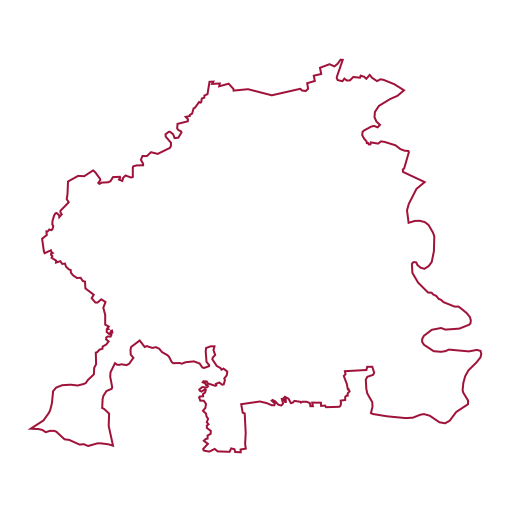 Chuong My, Ha Noi, Vietnam
{"feature_id": "81297802B99190294686821", "entity_name": "Chuong My", "entity_type": "district", "adm_level": 2, "iso_a3": "VNM", "parent_name": "Vietnam", "parent_adm1": "Ha Noi", "projection": "orthographic", "projection_center": [105.643, 20.878], "detail": "fine", "context": "isolated", "style": "outline", "palette": "rose", "viewbox_px": 512, "rotation_deg": 0, "n_neighbors": 0, "source": "geoboundaries", "source_scale": "gbopen_adm2", "svg_char_len": 5990}
<svg xmlns="http://www.w3.org/2000/svg" viewBox="0 0 512 512"><path d="M404.0,90.3L394.3,84.2L383.4,79.8L380.5,79.3L377.0,81.1L372.1,77.8L369.7,74.9L366.3,78.8L364.2,76.8L360.7,75.7L360.0,77.7L353.3,77.0L349.9,80.4L346.8,80.5L344.4,78.6L342.4,81.2L337.7,80.1L336.7,78.0L337.0,76.4L342.7,59.9L340.6,59.7L337.5,63.9L334.4,66.4L329.5,64.2L320.0,67.8L321.2,74.0L313.8,75.7L314.8,81.0L307.2,83.2L308.1,88.8L305.7,91.0L302.0,90.5L300.3,88.8L271.8,95.3L248.0,89.2L233.6,90.6L233.4,88.9L228.7,83.7L219.2,86.3L219.8,83.5L212.1,83.9L213.3,81.6L209.5,81.8L207.5,94.1L204.4,95.6L204.3,97.7L201.8,98.5L201.2,102.2L200.2,102.7L199.1,102.0L195.0,107.7L193.6,108.4L192.1,113.6L190.0,114.8L189.8,116.0L185.7,116.9L188.0,119.3L187.8,121.3L177.5,123.9L177.2,128.5L178.4,130.1L181.1,131.4L181.5,132.4L178.3,137.7L174.6,138.1L173.1,134.2L170.0,131.8L168.8,131.8L165.5,134.3L165.7,136.6L171.0,142.8L170.9,146.0L169.9,147.9L157.7,153.9L151.0,152.2L146.9,156.1L142.5,156.0L140.9,159.8L143.1,163.7L143.1,165.3L136.7,165.4L133.3,166.3L132.8,167.6L132.8,177.0L130.9,177.5L125.5,175.5L123.1,177.9L122.3,180.9L119.0,179.6L120.2,177.7L119.9,176.8L113.0,177.1L110.4,181.3L108.0,182.3L101.8,182.6L99.4,183.9L98.3,182.9L100.3,180.1L100.1,178.9L95.2,172.2L93.1,170.4L84.2,176.2L78.1,175.9L68.0,181.5L67.5,194.3L66.7,199.0L68.7,202.3L60.5,210.7L60.4,212.1L61.7,214.4L59.3,217.1L59.1,215.2L56.6,213.0L55.5,213.3L54.1,215.5L52.5,221.0L52.3,224.4L53.3,226.0L52.4,229.4L51.2,230.2L49.3,229.5L47.7,231.4L46.4,231.4L46.8,235.0L42.1,238.7L43.9,251.4L44.6,253.2L50.9,250.3L51.4,252.0L52.7,253.0L51.0,253.9L51.2,255.1L52.4,256.1L51.6,257.8L56.2,260.7L56.0,262.6L60.3,261.2L62.2,263.9L65.0,263.6L66.0,266.6L68.9,269.4L70.7,270.0L70.9,272.7L73.1,275.4L77.0,278.0L80.6,277.8L82.8,281.0L85.0,281.6L85.4,288.4L93.7,294.7L91.7,298.2L95.3,302.5L97.5,302.6L101.3,299.3L105.5,302.0L103.3,307.8L105.2,314.9L105.2,324.6L108.8,326.6L107.4,328.2L108.4,329.1L106.8,329.5L106.7,332.0L109.1,334.0L110.3,333.0L111.0,331.0L112.0,330.6L112.4,332.6L110.2,333.9L111.4,334.9L110.6,336.6L107.7,336.5L106.3,337.4L106.1,339.4L108.6,341.4L106.3,344.5L102.7,346.5L102.4,348.8L99.5,349.6L97.3,352.1L95.8,352.6L96.1,364.2L94.2,367.8L93.9,374.3L87.9,380.0L85.7,383.1L83.6,384.0L77.7,385.5L70.6,384.7L62.2,385.2L56.1,387.6L53.1,391.2L51.9,403.4L50.1,410.4L48.6,413.3L43.4,420.5L30.7,428.7L38.8,429.1L42.2,429.9L45.8,432.2L49.7,430.9L54.2,430.9L56.3,431.7L64.5,439.3L69.2,439.9L79.6,444.6L83.8,444.2L88.0,446.0L97.7,443.3L100.6,443.3L108.4,444.3L113.0,445.7L108.7,426.0L109.1,413.6L104.2,409.0L102.2,408.0L102.6,399.0L103.4,395.8L106.5,391.0L111.7,388.8L112.2,387.2L110.2,376.7L110.5,372.3L115.0,363.2L117.0,364.7L119.1,364.9L121.2,364.3L126.6,365.1L129.2,363.7L133.4,357.8L130.7,354.6L130.5,349.6L131.2,346.9L139.7,340.5L144.7,347.0L146.7,346.1L152.3,347.9L156.0,347.2L159.2,348.7L162.0,352.1L167.5,355.2L169.0,356.7L171.6,361.9L173.1,363.2L179.5,363.0L181.8,363.7L185.7,362.2L193.9,361.4L199.6,363.5L202.3,367.4L203.9,368.0L209.0,366.2L209.1,365.1L206.5,361.8L205.7,351.2L206.1,348.0L210.7,346.3L214.5,346.3L213.5,350.2L215.2,354.9L212.7,357.7L212.3,359.2L216.7,365.9L220.7,368.2L221.5,369.7L223.5,368.6L227.3,371.6L226.7,375.4L224.3,378.4L224.9,380.3L223.7,384.4L222.1,384.7L219.3,382.5L215.9,383.9L216.3,385.4L215.3,385.8L207.7,383.4L206.8,381.5L203.5,381.2L202.7,382.3L205.2,383.3L205.8,384.8L207.4,385.2L208.0,386.3L206.7,387.5L202.2,387.1L199.3,389.5L199.8,390.7L201.6,391.6L205.0,389.3L205.8,389.9L205.1,392.5L203.0,394.1L203.1,396.3L199.9,396.5L199.1,397.4L200.3,400.7L203.7,400.7L206.0,403.9L205.4,407.8L203.0,410.8L206.0,413.6L206.5,416.4L208.1,418.8L206.8,422.2L208.5,424.3L206.8,425.6L206.9,428.0L210.8,430.9L210.6,433.9L207.6,435.5L207.6,438.6L205.7,439.0L203.8,440.8L207.9,443.8L203.2,448.9L203.6,450.4L205.3,450.9L209.4,451.6L214.7,448.9L217.7,451.4L229.6,451.8L231.2,448.4L234.4,449.2L235.2,452.0L240.7,452.3L240.6,449.5L245.8,448.6L245.1,443.8L245.7,433.1L244.7,413.4L242.7,412.7L241.2,404.2L259.9,401.5L266.7,403.1L271.9,405.3L274.4,405.2L274.8,403.4L271.7,400.7L272.6,400.0L275.2,401.3L278.3,404.7L281.4,405.5L283.1,403.5L281.8,399.0L283.5,398.7L285.1,402.0L285.8,402.0L285.8,399.6L284.1,397.6L284.9,396.8L288.5,398.7L290.9,403.1L292.7,402.7L294.4,400.9L300.3,401.8L300.9,402.6L302.4,401.7L307.0,401.8L310.0,403.3L310.4,406.2L312.9,406.2L312.2,402.6L320.9,402.7L321.1,405.9L325.1,405.6L326.0,407.2L339.1,406.8L340.2,406.2L341.0,403.9L340.7,400.6L345.2,400.0L345.2,396.9L346.4,395.7L347.7,395.7L347.7,393.3L349.6,391.4L348.5,389.1L347.8,389.3L346.9,384.2L343.8,376.0L345.5,374.2L344.9,371.2L366.4,370.0L367.2,366.8L372.3,366.8L374.2,372.8L373.0,374.9L367.3,376.8L365.8,379.6L366.3,388.8L367.3,393.5L372.3,402.2L372.5,406.8L370.9,413.1L372.9,414.0L387.0,416.3L405.7,418.1L412.8,417.7L420.4,414.7L424.0,414.1L429.7,415.7L439.5,422.3L445.1,423.3L449.7,420.7L456.2,412.0L468.0,404.2L468.1,400.6L463.3,392.7L462.6,390.2L463.3,383.0L465.2,376.2L468.4,370.4L476.5,362.4L480.5,357.3L481.3,353.8L480.5,350.9L476.8,349.9L469.0,351.4L448.9,349.6L445.5,351.1L441.1,351.8L433.7,351.2L423.9,344.7L422.1,341.8L422.2,339.0L423.9,335.8L431.8,329.8L441.1,328.0L445.4,329.6L459.4,328.6L469.2,324.7L470.5,323.3L470.8,320.2L469.8,316.9L466.6,313.0L458.6,306.6L454.6,306.6L443.4,302.1L440.9,299.7L438.8,299.0L436.2,295.9L433.2,294.5L431.6,292.7L428.0,292.5L418.1,282.6L412.4,272.9L411.9,264.0L412.6,262.8L414.1,262.0L416.3,262.5L417.4,265.0L420.6,267.7L424.4,268.8L428.8,266.0L431.7,262.0L433.9,251.3L434.3,236.5L433.1,232.8L428.5,224.9L424.8,222.1L419.8,220.8L414.9,220.9L408.6,222.8L407.0,210.3L408.8,203.9L416.5,188.8L424.7,182.1L403.0,171.9L402.8,169.6L404.2,168.3L408.9,152.1L408.4,151.0L404.6,150.7L400.4,149.1L395.5,145.3L384.5,141.9L381.0,141.4L378.1,143.6L370.8,142.4L370.4,144.4L368.7,144.4L368.0,143.0L366.8,143.0L366.5,141.3L364.2,138.8L362.2,135.1L362.6,131.8L364.0,130.5L371.0,126.7L373.9,125.9L377.6,127.3L380.0,124.9L376.4,121.5L374.5,117.2L374.9,112.0L378.9,105.9L390.0,99.1L397.5,95.8L404.0,90.3Z" fill="none" stroke="#9f1239" stroke-width="2"/></svg>